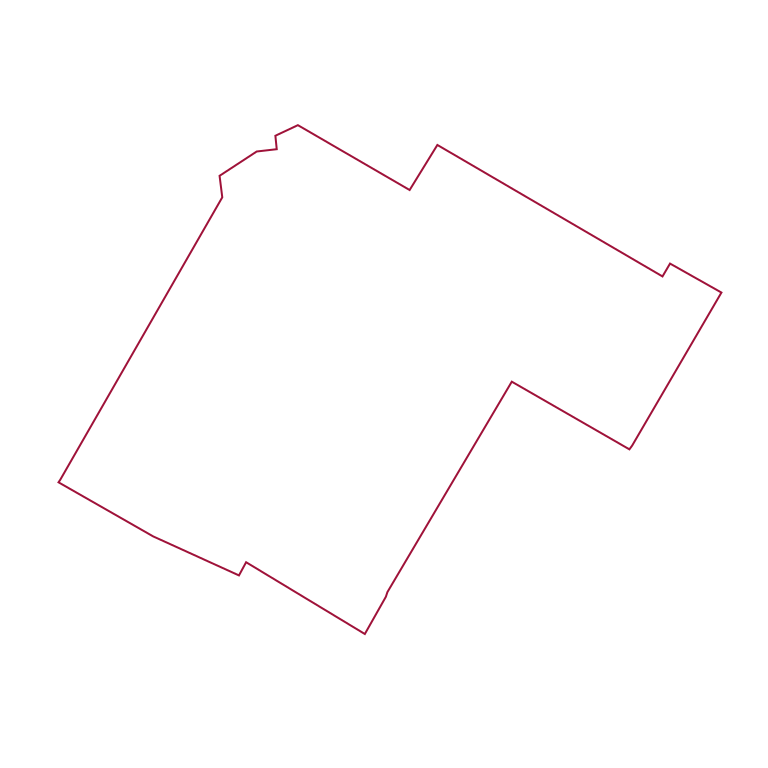 Allen, Louisiana, United States of America (orthographic projection), rotated 210°
{"feature_id": "52423323B27353189607616", "entity_name": "Allen", "entity_type": "district", "adm_level": 2, "iso_a3": "USA", "parent_name": "United States of America", "parent_adm1": "Louisiana", "projection": "orthographic", "projection_center": [-92.817, 30.661], "detail": "fine", "context": "isolated", "style": "outline", "palette": "rose", "viewbox_px": 768, "rotation_deg": 210, "n_neighbors": 0, "source": "geoboundaries", "source_scale": "gbopen_adm2", "svg_char_len": 442}
<svg xmlns="http://www.w3.org/2000/svg" viewBox="0 0 768 768"><g transform="rotate(210 384 384)"><path d="M616.5,139.1L616.7,136.1L507.7,136.6L413.9,145.7L414.3,160.7L275.6,157.9L276.0,200.7L277.0,205.5L274.5,449.9L138.8,450.1L138.3,454.8L137.5,631.9L196.5,631.3L196.6,616.4L457.3,617.7L458.8,564.8L588.0,565.1L602.2,544.7L594.3,533.7L610.5,521.7L630.5,482.1L617.4,464.8L616.5,139.1Z" fill="none" stroke="#9f1239" stroke-width="2"/></g></svg>